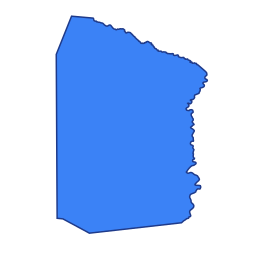 Baganuur, Govĭ-Sümber, Mongolia (Equal Earth projection), rotated 4°
{"feature_id": "93677404B2463849994891", "entity_name": "Baganuur", "entity_type": "district", "adm_level": 2, "iso_a3": "MNG", "parent_name": "Mongolia", "parent_adm1": "Govĭ-Sümber", "projection": "equal_earth", "projection_center": [108.426, 47.827], "detail": "fine", "context": "isolated", "style": "filled", "palette": "blue", "viewbox_px": 256, "rotation_deg": 4, "n_neighbors": 0, "source": "geoboundaries", "source_scale": "gbopen_adm2", "svg_char_len": 5743}
<svg xmlns="http://www.w3.org/2000/svg" viewBox="0 0 256 256"><g transform="rotate(4 128 128)"><path d="M150.7,47.1L149.9,46.9L149.3,46.7L148.9,46.3L148.8,45.9L148.4,45.8L148.2,45.0L147.4,44.5L147.2,44.0L147.1,43.7L146.7,43.4L146.3,43.4L145.9,43.3L145.5,43.1L145.5,42.7L145.7,42.2L145.5,41.9L145.1,41.5L144.7,41.5L144.2,41.5L143.3,41.2L143.0,40.9L142.5,40.6L141.7,40.3L141.4,40.3L141.0,40.4L140.9,40.5L140.6,40.7L140.2,40.8L140.2,41.2L139.9,41.5L139.3,41.6L138.7,41.7L138.5,41.8L138.4,42.2L138.2,42.3L137.8,42.3L137.5,42.5L137.2,42.6L136.8,42.6L136.3,42.3L135.8,42.4L135.6,42.6L135.1,42.5L134.8,42.4L134.5,42.0L133.9,41.1L133.3,40.7L133.1,40.8L132.9,40.8L132.7,40.4L132.3,40.1L131.7,39.5L131.0,39.1L129.6,37.9L128.7,37.2L128.4,36.5L127.7,36.2L127.2,35.9L126.8,35.5L126.4,35.2L126.1,34.7L125.5,34.4L125.2,33.9L124.6,33.6L124.4,33.3L124.1,33.1L123.8,32.8L123.3,32.6L122.0,32.5L121.2,32.5L120.6,32.8L120.4,33.0L120.1,33.1L119.7,33.3L119.2,33.2L118.9,32.9L118.7,32.4L117.8,31.7L117.8,31.1L117.9,30.9L117.9,30.6L117.0,29.9L116.4,29.5L115.8,29.4L115.0,29.6L113.9,29.5L112.8,29.7L112.1,30.1L111.6,30.2L110.9,30.0L110.6,30.1L109.9,30.7L109.3,30.8L108.9,30.7L108.5,30.3L107.4,30.3L106.6,29.8L105.7,29.1L104.2,27.4L103.5,26.7L102.8,26.5L102.3,26.6L101.4,27.0L100.6,27.7L99.8,27.8L99.2,27.8L97.4,26.9L96.1,25.7L95.4,25.2L93.4,24.9L92.4,24.5L91.2,24.6L90.3,24.3L89.5,24.3L89.0,24.0L89.1,23.8L88.9,23.6L88.0,23.7L87.3,23.5L86.9,23.4L86.4,22.8L86.2,22.2L86.2,21.8L86.0,21.4L85.8,21.0L85.5,20.8L63.9,20.4L51.3,59.6L63.6,223.0L69.4,223.2L96.8,235.6L188.0,218.8L190.1,216.6L191.2,215.9L192.1,215.1L192.8,214.4L193.4,214.2L194.1,214.0L194.6,213.8L194.9,213.3L195.0,212.6L195.4,212.3L196.0,212.2L196.5,211.7L196.7,211.3L196.6,210.7L196.0,209.4L195.5,208.2L195.3,207.2L195.4,206.6L195.9,205.7L196.7,205.0L197.2,204.5L198.1,203.7L199.0,202.3L199.1,201.1L198.9,200.4L198.2,199.4L196.8,198.3L196.4,197.9L196.1,197.3L195.9,195.8L195.4,194.7L194.6,193.4L194.3,192.6L194.3,192.0L194.6,190.6L195.0,189.9L196.1,189.2L198.7,188.0L200.0,187.0L200.3,185.8L201.2,184.3L202.0,183.8L203.4,183.9L204.0,183.8L204.3,183.5L204.7,181.8L204.2,180.5L203.0,180.3L200.1,180.4L199.4,180.3L198.9,180.1L198.8,179.8L198.8,179.4L199.5,178.5L200.2,177.6L200.9,176.8L201.5,176.2L202.0,175.8L202.7,174.7L202.8,174.2L202.4,173.3L201.5,172.1L200.6,170.9L199.3,170.3L198.2,170.1L197.3,169.7L195.6,168.5L194.7,168.1L193.9,168.0L193.2,168.1L191.7,168.8L191.0,169.0L190.1,168.6L189.5,168.3L189.3,167.8L189.5,167.4L189.9,167.0L190.5,165.7L191.6,164.1L192.5,163.0L193.4,162.0L194.4,161.2L195.3,160.9L196.3,160.6L198.1,159.1L198.3,158.7L198.3,158.1L197.8,157.5L197.1,157.3L195.9,157.2L195.0,157.0L194.8,156.7L194.7,155.9L194.8,155.2L195.1,155.0L195.8,154.7L196.2,154.4L196.4,153.9L196.4,153.5L195.9,153.4L195.5,153.1L195.0,151.7L195.0,150.5L195.1,149.3L194.6,148.7L194.8,147.1L195.0,146.1L195.3,145.1L194.3,143.7L194.0,143.2L194.2,142.3L194.3,141.5L193.9,140.9L192.8,140.6L192.0,140.3L191.6,139.9L191.4,139.5L191.3,138.8L191.6,137.8L192.0,137.2L192.5,136.9L193.1,136.7L193.9,136.6L194.1,136.6L194.2,136.4L194.2,136.0L193.8,134.4L193.8,133.5L193.6,132.9L192.9,132.2L192.5,131.4L192.5,130.4L193.7,127.8L194.2,126.8L194.3,126.3L194.3,126.0L193.7,125.3L193.0,124.8L192.0,124.2L191.0,123.8L190.6,123.4L190.4,122.9L190.8,122.5L191.9,121.6L191.9,121.3L192.0,121.1L193.5,120.1L193.6,119.9L193.1,119.1L191.8,117.9L191.6,117.5L191.6,117.2L191.9,116.5L192.4,115.9L192.5,115.1L192.4,114.4L191.6,113.5L191.3,112.6L190.7,112.0L190.4,111.4L190.2,110.7L190.1,110.1L190.1,109.4L190.5,108.9L191.2,108.4L191.9,107.6L191.7,106.9L191.3,105.8L190.8,105.5L190.0,105.3L188.5,105.6L188.2,105.8L188.0,106.2L187.6,106.4L186.3,106.3L185.5,106.2L185.0,105.8L184.8,105.3L184.6,104.6L185.0,103.9L185.9,103.3L186.7,102.7L187.2,101.9L187.2,101.3L186.9,100.3L186.0,99.3L185.9,99.2L186.1,99.1L186.4,99.0L186.9,99.1L187.5,99.4L188.3,99.5L188.7,99.4L189.4,98.7L189.8,97.9L189.8,97.0L189.6,96.5L189.0,96.3L188.5,96.2L188.3,96.0L188.3,95.8L188.5,95.6L188.9,95.4L189.6,95.2L190.6,95.1L191.4,94.5L191.9,93.8L192.3,93.1L192.1,92.0L192.1,91.2L192.2,90.7L192.4,90.4L194.5,89.4L196.3,88.5L196.5,88.1L196.5,87.9L196.6,87.3L196.8,87.0L197.1,86.6L197.2,85.8L197.4,85.2L197.4,84.6L197.1,83.9L197.0,83.5L197.2,83.3L197.8,82.9L198.3,82.8L199.6,82.3L200.7,81.6L201.1,81.0L201.2,80.2L201.0,79.7L199.8,78.5L199.6,78.0L199.7,77.6L200.0,77.2L200.9,76.8L201.9,76.6L202.8,76.3L203.5,75.8L203.7,75.4L203.8,74.8L203.2,74.1L202.7,73.9L202.1,73.8L201.6,73.4L201.2,72.9L201.1,72.2L201.3,71.6L202.1,70.6L202.8,69.9L203.0,69.6L202.9,68.7L202.6,67.5L201.8,66.6L201.0,65.9L193.4,60.2L193.1,60.1L192.7,60.0L192.4,59.9L192.2,59.9L192.0,59.6L191.9,59.4L191.9,59.0L191.6,58.8L191.3,58.8L190.4,58.9L190.2,58.6L189.9,58.4L188.7,58.8L188.2,58.9L187.5,58.8L187.3,58.5L187.3,58.0L187.1,57.9L186.9,57.9L186.5,57.6L186.3,57.6L186.2,57.7L186.0,58.1L185.8,58.2L185.4,58.1L185.3,57.8L185.7,57.2L185.8,56.9L185.7,56.7L184.9,56.3L183.6,56.0L183.1,55.7L182.8,55.4L182.7,55.1L182.4,55.0L182.2,55.0L181.5,55.3L181.1,55.4L180.7,55.4L180.4,55.0L180.2,54.9L179.9,55.0L179.4,54.9L179.2,54.7L179.0,54.0L178.8,53.8L178.3,53.7L177.9,53.8L177.2,53.9L176.2,54.1L175.5,54.0L175.0,53.9L174.7,53.7L174.0,53.6L173.7,53.4L173.3,53.2L173.2,52.9L173.3,52.5L173.0,52.0L172.7,51.7L172.2,51.7L171.5,51.9L170.5,52.2L170.0,52.3L169.0,52.4L168.4,52.1L168.1,51.7L168.1,51.3L168.0,50.9L167.3,50.7L166.7,50.7L166.3,50.9L165.7,51.1L164.9,50.9L164.1,51.0L163.4,50.9L162.8,51.0L162.3,51.0L162.0,50.7L161.7,50.6L161.4,50.6L161.0,50.5L160.9,50.0L160.6,49.8L160.0,49.6L157.9,49.6L157.3,49.8L156.8,49.9L156.3,49.6L155.9,49.2L155.5,49.0L154.5,49.2L154.1,49.2L153.6,49.2L153.1,49.2L152.7,49.1L152.5,48.7L152.6,48.3L152.3,48.2L151.8,48.3L151.2,47.8L150.7,47.1Z" fill="#3b82f6" stroke="#1e3a8a" stroke-width="1.5"/></g></svg>